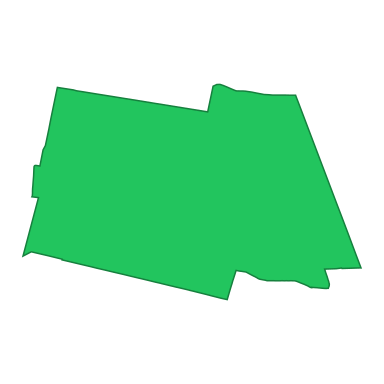 Vladila, Olt, Romania (Natural Earth projection)
{"feature_id": "2599482B56723681646749", "entity_name": "Vladila", "entity_type": "district", "adm_level": 2, "iso_a3": "ROU", "parent_name": "Romania", "parent_adm1": "Olt", "projection": "natural_earth1", "projection_center": [24.392, 44.002], "detail": "fine", "context": "isolated", "style": "filled", "palette": "green", "viewbox_px": 384, "rotation_deg": 0, "n_neighbors": 0, "source": "geoboundaries", "source_scale": "gbopen_adm2", "svg_char_len": 2469}
<svg xmlns="http://www.w3.org/2000/svg" viewBox="0 0 384 384"><path d="M189.5,290.3L193.4,291.2L194.9,291.6L204.1,293.9L207.3,294.7L207.9,294.9L208.9,295.1L211.0,295.7L215.0,296.7L220.9,298.2L226.8,299.5L227.2,299.6L229.1,293.1L229.4,292.0L229.5,291.7L230.4,288.7L231.3,285.7L231.9,283.9L232.9,280.3L233.1,279.9L233.6,278.3L236.1,270.4L238.0,270.8L239.7,271.1L241.5,271.3L243.3,271.6L245.3,271.9L246.2,272.1L247.3,272.7L248.4,273.3L249.5,273.9L250.8,274.6L253.5,276.0L255.0,276.7L257.0,277.8L257.9,278.4L258.7,278.8L259.7,279.2L263.4,279.9L265.2,280.2L267.0,280.7L269.4,280.7L271.4,280.7L273.7,280.7L275.4,280.8L277.6,280.8L279.7,280.8L281.8,280.7L282.4,280.7L282.5,280.7L284.5,280.8L286.3,280.7L288.4,280.8L291.0,280.7L293.4,280.8L294.4,280.8L295.1,280.9L295.9,281.1L297.1,281.5L298.9,282.2L301.2,283.2L302.1,283.5L302.6,283.7L303.0,283.9L304.2,284.3L304.6,284.5L305.9,285.1L307.1,285.6L308.3,286.2L309.4,286.9L310.3,287.3L311.0,287.6L311.7,287.7L311.7,287.3L312.5,287.4L315.1,287.6L317.0,287.7L318.9,287.9L319.1,287.9L321.8,288.2L324.2,288.4L326.2,288.5L327.7,288.3L328.3,288.3L328.6,287.3L328.9,286.7L329.2,285.8L329.2,285.3L329.3,284.8L329.3,283.9L328.9,282.6L328.6,281.2L327.9,279.4L327.8,278.8L327.6,278.3L327.2,276.8L326.9,276.1L326.8,275.7L326.4,274.6L325.6,272.3L325.1,270.6L324.6,269.1L336.2,268.7L341.6,268.0L342.0,268.5L347.4,268.3L360.7,267.9L361.0,267.9L356.1,255.0L349.0,236.0L347.8,232.8L346.4,229.1L341.1,215.1L336.5,203.1L298.4,102.6L296.0,96.4L295.6,95.2L289.5,95.2L285.6,95.1L277.9,95.1L272.9,95.1L268.3,94.7L264.0,94.5L262.1,94.1L256.7,93.1L251.8,92.1L248.3,91.6L245.6,91.2L242.8,91.0L240.2,91.0L236.3,90.9L234.9,90.4L231.3,88.9L227.2,87.1L223.3,85.5L220.0,84.4L216.8,84.5L215.1,85.3L213.1,86.2L207.7,111.9L111.7,96.4L95.4,93.8L82.5,91.7L76.6,90.8L73.3,89.9L59.1,87.7L57.4,87.4L57.2,88.2L57.1,88.6L51.1,117.5L48.9,128.9L45.4,145.6L43.1,149.8L39.9,166.0L35.8,165.4L35.0,165.5L34.5,165.8L34.1,166.5L34.0,167.3L33.9,169.4L33.6,176.0L33.1,182.4L32.9,185.4L32.6,188.5L32.5,191.1L32.5,193.3L32.3,195.9L31.9,196.8L38.5,197.6L34.7,212.0L23.0,256.1L31.3,251.8L42.8,254.5L48.4,255.8L62.2,259.2L62.3,259.3L62.1,259.9L72.3,262.3L80.3,264.2L90.5,266.6L91.7,266.9L96.5,268.1L99.5,268.8L104.3,269.9L113.9,272.2L123.4,274.4L132.4,276.6L132.9,276.7L134.9,277.2L146.8,280.0L155.3,282.1L160.6,283.3L161.2,283.5L164.6,284.3L171.5,286.0L172.1,286.1L176.1,287.1L177.6,287.4L186.1,289.4L189.4,290.2L189.5,290.3Z" fill="#22c55e" stroke="#15803d" stroke-width="1.5"/></svg>